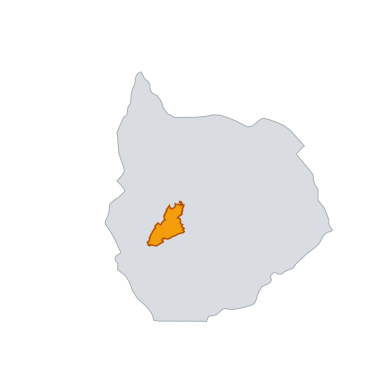 Insiza, Matabeleland South, Zimbabwe shown in context, rotated 48°
{"feature_id": "62879985B6112756891378", "entity_name": "Insiza", "entity_type": "district", "adm_level": 2, "iso_a3": "ZWE", "parent_name": "Zimbabwe", "parent_adm1": "Matabeleland South", "projection": "mercator", "projection_center": [29.319, -20.268], "detail": "fine", "context": "in_parent", "style": "filled", "palette": "amber", "viewbox_px": 384, "rotation_deg": 48, "n_neighbors": 0, "source": "geoboundaries", "source_scale": "gbopen_adm2", "svg_char_len": 5898}
<svg xmlns="http://www.w3.org/2000/svg" viewBox="0 0 384 384"><g transform="rotate(48 192 192)"><path d="M261.4,306.4L258.6,304.4L254.6,303.1L249.6,302.5L243.0,302.8L235.0,303.8L226.4,302.5L217.2,298.8L209.5,297.5L200.4,299.1L200.0,299.2L198.4,297.9L195.9,295.2L191.7,294.7L190.6,294.1L189.7,293.1L189.1,291.8L188.8,290.4L189.5,286.0L189.1,285.5L188.0,284.9L185.7,284.4L180.2,282.4L173.4,280.5L162.2,278.3L157.8,277.8L156.8,277.1L155.5,275.5L153.4,270.4L151.4,267.1L146.5,261.9L145.8,260.3L146.0,256.2L146.4,252.9L146.9,250.1L146.7,247.5L146.6,244.2L146.7,242.1L146.1,241.1L144.3,240.5L139.4,240.2L133.4,240.3L133.2,237.0L132.6,231.9L131.5,228.9L130.1,227.4L127.3,225.8L121.7,223.7L114.1,220.3L107.6,215.4L100.1,209.4L97.8,208.3L95.0,202.6L90.8,192.8L91.1,189.6L90.5,188.0L86.4,183.2L85.5,180.7L84.8,178.2L78.3,171.2L76.1,168.2L74.4,164.3L72.7,161.1L71.3,159.9L69.5,157.7L68.2,155.3L67.6,153.5L68.1,151.1L68.7,149.4L74.9,151.2L78.3,151.3L80.9,150.5L84.2,151.6L88.0,154.7L92.3,155.4L96.9,153.4L103.1,154.0L110.9,157.1L117.3,157.8L125.0,155.0L131.9,147.2L138.4,140.0L144.7,131.6L148.6,124.9L154.2,119.4L161.6,115.2L169.1,111.6L180.7,107.2L183.0,103.6L183.7,99.7L183.7,94.2L184.3,90.7L185.5,89.1L187.5,87.8L189.9,86.2L197.5,82.1L203.9,79.4L211.6,77.7L220.1,77.7L228.3,77.7L232.9,77.6L233.0,82.9L233.4,88.8L234.3,89.3L240.4,89.5L250.3,89.9L259.8,90.3L265.9,94.6L267.9,95.5L274.2,96.6L282.3,103.8L292.0,104.4L298.7,106.7L304.5,109.1L307.9,112.1L310.1,112.7L313.1,113.0L314.5,113.2L314.2,115.4L312.2,119.0L312.5,124.1L315.2,131.3L315.6,137.5L314.7,148.5L314.8,159.2L315.0,163.0L315.5,165.5L316.1,166.9L316.0,168.5L314.3,172.9L313.0,177.7L313.0,179.6L312.5,180.9L311.5,182.1L307.3,184.3L306.6,185.6L306.6,188.1L307.1,190.1L308.7,190.9L310.6,192.1L311.4,193.6L311.4,195.2L310.8,198.2L309.1,203.2L310.8,209.0L312.7,212.7L315.3,217.0L316.4,219.7L316.3,221.6L315.9,223.5L312.0,231.4L309.2,236.3L305.7,241.6L301.1,244.9L300.0,246.5L299.5,248.3L299.6,252.3L299.4,256.4L295.5,262.8L298.0,268.3L297.4,268.8L296.1,269.6L290.4,275.8L284.7,282.1L280.6,286.7L275.8,291.9L270.5,297.8L266.0,302.8L261.4,306.4Z" fill="#d9dde1" stroke="#a8b0b8" stroke-width="1"/><path d="M187.8,222.5L188.3,222.8L188.8,223.1L188.9,223.9L188.9,224.2L189.6,224.1L189.8,225.7L190.1,227.4L191.0,227.6L191.1,229.0L193.4,230.5L195.0,230.5L194.5,231.6L194.4,232.5L194.3,233.0L194.7,233.8L194.5,234.9L194.6,235.1L195.1,235.8L195.7,236.9L194.0,237.8L192.2,238.0L192.2,238.3L192.3,238.4L192.5,238.4L192.5,238.5L192.4,238.6L192.4,239.0L192.5,239.2L192.6,239.4L192.6,239.5L192.4,239.7L192.4,239.9L192.4,240.0L192.3,240.3L192.3,240.6L192.3,240.8L192.4,241.0L192.4,241.3L192.5,241.5L192.4,241.6L192.4,241.8L192.5,242.0L192.9,242.6L193.2,242.9L193.4,243.0L194.2,243.1L194.1,243.3L194.1,243.6L194.1,243.9L194.1,244.3L194.3,244.6L194.2,244.8L194.3,245.0L194.4,245.3L194.5,245.7L194.5,245.9L194.6,246.2L194.7,246.4L194.7,246.6L194.7,246.9L194.8,247.3L194.9,247.6L195.1,247.9L195.2,248.2L195.2,248.3L195.3,248.4L195.4,248.6L195.8,249.8L195.9,250.2L196.0,250.7L196.2,251.1L196.3,251.5L196.5,251.7L196.5,251.9L196.6,252.0L196.7,252.4L197.0,252.6L196.9,252.7L196.9,252.8L197.0,252.9L197.3,253.1L197.6,253.7L197.6,253.9L197.5,254.0L197.7,254.4L197.8,254.8L198.0,254.9L198.3,254.9L198.5,255.0L198.8,255.1L199.0,255.3L199.1,255.5L199.3,255.6L199.5,255.8L199.7,256.2L199.7,256.4L199.7,256.5L199.6,256.8L199.4,257.0L199.4,257.4L199.5,258.0L199.4,258.3L199.4,258.5L199.5,258.5L199.8,258.7L199.8,258.8L199.7,259.0L202.4,260.0L203.9,259.3L204.1,259.1L204.3,259.1L202.9,258.6L203.7,258.1L204.0,258.0L205.6,256.5L207.0,255.6L208.3,254.4L208.4,253.5L208.5,252.9L208.7,252.2L208.8,251.3L208.9,250.9L209.0,250.4L209.1,249.8L209.2,249.6L209.4,249.0L209.5,248.7L209.6,248.3L209.9,246.8L209.8,246.7L209.6,246.5L209.5,246.3L209.2,246.3L208.8,246.5L208.3,246.6L207.7,246.8L207.6,246.5L207.4,246.2L207.0,244.6L207.6,244.4L208.1,244.3L207.8,243.7L207.7,243.6L207.9,243.4L209.7,242.3L210.7,241.6L210.9,241.0L211.1,240.1L211.7,239.5L211.7,239.2L211.7,238.8L211.7,237.3L212.0,236.5L212.3,235.8L212.4,235.7L212.5,235.4L212.8,234.7L213.2,233.7L213.5,232.5L213.6,232.3L213.6,232.1L213.6,231.3L214.0,230.6L214.0,230.3L214.4,229.4L215.0,228.2L215.2,227.6L215.5,227.1L215.7,226.8L216.2,226.1L216.2,225.9L216.3,224.2L216.2,224.1L215.4,224.1L215.0,224.1L214.8,224.0L214.5,224.0L214.2,224.0L213.9,224.1L213.9,223.9L213.9,223.4L213.9,223.1L213.9,222.4L213.8,222.1L212.4,222.5L211.2,223.0L210.7,223.1L210.5,222.9L210.3,221.6L210.1,220.8L209.5,220.9L209.2,221.0L208.1,221.7L207.7,221.8L207.4,221.7L206.9,221.2L206.3,220.1L205.7,219.7L205.3,219.6L204.9,219.3L204.4,219.3L203.4,218.8L202.5,219.4L201.5,220.1L201.4,219.7L201.2,218.6L201.2,218.2L201.2,217.8L201.5,217.4L201.6,216.6L201.6,216.3L201.6,216.2L201.6,215.9L201.8,215.8L201.9,215.7L201.6,215.5L201.4,215.5L201.4,215.4L201.5,215.3L201.5,215.2L201.5,214.9L201.4,214.8L201.4,214.7L201.2,214.4L201.3,214.3L201.2,214.3L201.2,214.2L201.1,213.9L201.1,213.7L200.9,213.7L200.7,213.5L200.4,213.4L200.2,213.1L199.9,213.1L199.9,212.9L199.8,212.7L199.8,212.3L199.7,212.3L199.7,212.2L199.8,212.2L199.7,212.0L199.7,211.9L199.7,211.7L199.4,211.5L199.4,211.4L199.2,211.4L199.0,211.2L198.9,211.2L198.6,211.0L198.4,211.0L198.4,210.9L198.4,210.7L198.2,210.5L198.1,210.4L198.1,210.2L197.9,210.1L197.8,209.9L197.9,209.6L197.7,209.4L197.4,209.3L197.3,209.2L197.3,208.9L197.3,208.7L197.2,208.5L197.3,208.3L197.3,208.1L197.1,207.9L196.9,207.7L196.7,207.5L196.6,207.4L196.5,207.2L196.4,207.1L196.2,206.9L196.1,206.7L195.9,206.4L195.7,206.3L195.8,206.4L195.2,208.0L193.8,206.9L191.7,206.7L191.5,206.9L191.4,207.0L191.2,207.2L190.9,207.3L191.0,207.7L191.3,208.2L192.4,208.2L194.5,209.2L192.0,210.4L190.5,212.2L189.6,212.3L191.6,214.1L191.6,216.4L191.1,217.4L191.4,217.7L190.6,218.2L189.8,219.0L189.7,219.0L188.3,218.5L188.3,218.4L188.2,218.4L186.9,217.9L188.0,222.0L187.9,222.3L187.8,222.5L187.8,222.5Z" fill="#f59e0b" stroke="#b45309" stroke-width="1.5"/></g></svg>